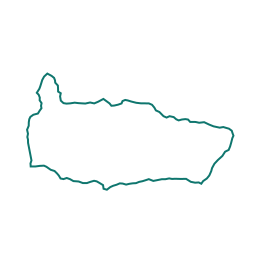 outline of Nova Aliança, São Paulo, Brazil, rotated 80°
{"feature_id": "56859067B34710336323608", "entity_name": "Nova Aliança", "entity_type": "district", "adm_level": 2, "iso_a3": "BRA", "parent_name": "Brazil", "parent_adm1": "São Paulo", "projection": "natural_earth1", "projection_center": [-49.522, -21.052], "detail": "fine", "context": "isolated", "style": "outline", "palette": "teal", "viewbox_px": 256, "rotation_deg": 80, "n_neighbors": 0, "source": "geoboundaries", "source_scale": "gbopen_adm2", "svg_char_len": 1925}
<svg xmlns="http://www.w3.org/2000/svg" viewBox="0 0 256 256"><g transform="rotate(80 128 128)"><path d="M148.7,26.3L146.2,28.7L144.9,31.4L143.6,34.0L143.6,37.6L142.3,40.8L141.2,43.5L138.7,47.5L135.5,52.0L135.2,57.0L133.8,60.4L132.8,65.7L130.1,67.4L129.2,70.0L129.0,73.5L129.3,76.8L127.8,79.0L125.2,81.1L123.6,85.0L124.4,88.2L122.5,91.0L117.7,94.3L115.5,97.5L112.5,98.5L109.3,100.3L107.4,103.2L106.7,106.9L106.0,110.8L104.6,115.5L102.5,120.2L100.8,123.5L99.9,125.9L100.5,128.7L102.7,130.1L103.3,133.7L103.5,137.7L103.2,140.5L100.6,141.9L97.9,144.5L95.1,147.2L97.0,153.0L97.9,157.0L96.3,160.9L96.5,165.8L95.6,169.6L94.9,172.5L93.8,176.1L93.7,180.6L93.3,184.4L92.3,187.2L89.4,189.4L85.1,189.4L82.1,188.2L80.0,190.5L76.7,190.0L74.0,189.7L70.7,191.8L68.4,191.6L65.8,192.1L63.4,194.2L60.4,198.0L62.8,201.7L65.8,204.1L69.5,206.0L71.8,207.2L74.0,208.5L77.5,211.7L79.7,210.2L82.7,209.6L85.4,210.2L88.5,208.8L91.1,209.8L93.5,209.8L95.5,211.9L98.1,214.2L98.5,218.9L100.1,222.2L102.2,223.7L105.1,224.7L108.6,225.4L112.2,227.7L116.3,227.5L119.4,228.7L122.0,228.5L125.3,229.0L143.2,228.7L146.0,230.2L149.0,230.5L149.8,225.8L150.0,221.3L150.5,217.3L152.0,215.1L153.8,213.3L155.7,211.4L157.6,207.8L160.4,205.8L162.8,204.4L166.0,203.2L167.1,200.4L166.6,197.0L168.3,194.0L170.8,191.0L172.1,185.9L174.4,182.0L175.1,178.0L174.5,174.4L174.1,170.6L175.1,168.1L177.1,165.7L179.9,162.5L183.6,162.6L185.1,159.5L183.1,155.7L182.3,152.6L181.9,149.1L181.1,145.7L181.8,142.9L183.4,139.7L183.2,136.2L183.3,133.0L183.7,129.7L183.0,126.4L182.9,123.0L182.5,119.9L182.0,116.4L184.5,112.3L184.4,107.3L184.3,103.7L184.9,100.0L184.8,96.2L185.8,93.5L186.2,90.3L187.2,85.5L188.2,79.6L191.9,75.5L193.5,71.4L193.9,67.8L195.6,65.5L193.3,63.2L191.4,59.1L188.9,56.2L184.9,53.5L182.1,52.2L178.2,49.1L175.1,45.0L171.9,39.9L168.2,36.5L167.1,32.7L164.0,30.7L160.3,28.9L156.1,27.0L153.9,25.5L151.6,25.9L148.7,26.3Z" fill="none" stroke="#0f766e" stroke-width="2"/></g></svg>